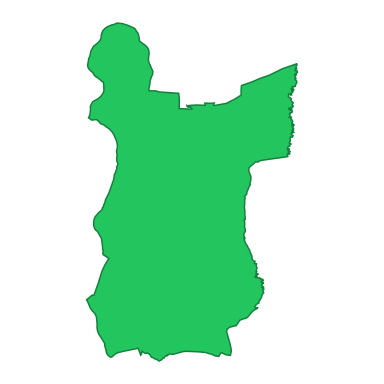 Farcas, Dolj, Romania
{"feature_id": "2599482B69484813321129", "entity_name": "Farcas", "entity_type": "district", "adm_level": 2, "iso_a3": "ROU", "parent_name": "Romania", "parent_adm1": "Dolj", "projection": "robinson", "projection_center": [23.752, 44.619], "detail": "fine", "context": "isolated", "style": "filled", "palette": "green", "viewbox_px": 384, "rotation_deg": 0, "n_neighbors": 0, "source": "geoboundaries", "source_scale": "gbopen_adm2", "svg_char_len": 5948}
<svg xmlns="http://www.w3.org/2000/svg" viewBox="0 0 384 384"><path d="M173.2,354.3L183.2,351.6L186.0,351.3L198.0,351.8L205.9,352.5L209.1,353.7L211.8,354.1L212.5,354.7L215.6,356.0L218.8,356.4L221.1,352.5L225.5,354.6L230.2,355.5L230.6,354.6L231.4,350.4L230.1,343.9L226.6,331.7L227.2,329.1L229.7,327.2L236.4,325.5L239.8,320.2L244.5,318.5L245.7,318.4L247.4,317.4L252.4,311.5L256.0,309.0L257.5,308.3L257.7,307.8L257.5,307.5L256.2,307.8L255.0,307.3L254.7,306.8L255.0,306.1L256.0,305.2L256.2,304.4L258.9,303.0L259.0,300.9L260.2,299.8L260.4,299.0L261.4,297.8L261.9,295.4L262.5,294.5L262.6,293.5L263.7,292.8L262.6,290.0L263.7,289.8L263.9,289.2L263.3,288.6L263.5,288.2L262.1,287.5L263.4,286.9L262.0,285.6L261.6,284.8L261.7,284.4L263.4,283.5L263.3,282.6L261.6,282.5L261.2,282.3L261.2,281.8L261.5,281.3L263.3,280.5L262.8,279.3L261.4,279.6L261.0,279.5L261.3,279.0L259.5,277.8L258.3,278.3L257.7,277.9L257.5,277.5L255.5,277.4L255.0,276.9L255.1,276.4L256.4,276.2L255.6,275.4L255.8,275.2L257.1,275.0L258.0,274.3L258.0,273.9L257.6,273.8L256.1,273.9L256.0,273.3L256.8,271.7L256.1,271.3L257.0,267.7L256.3,266.6L256.4,263.7L254.4,263.5L255.0,261.3L253.9,261.1L252.4,259.7L251.9,257.5L252.0,256.3L250.1,251.8L249.5,249.9L247.9,247.3L247.3,245.8L245.7,243.5L244.3,239.8L244.8,238.8L243.8,238.3L243.9,237.9L244.7,237.6L244.2,236.1L243.7,235.8L243.7,234.8L244.0,233.7L245.3,231.5L245.4,230.4L245.3,229.4L244.6,227.7L244.7,222.8L244.2,220.0L245.2,219.6L245.1,218.9L244.8,218.7L245.2,217.2L244.8,215.0L244.9,211.2L244.3,206.7L244.7,205.0L244.7,200.8L245.1,198.0L244.6,196.5L246.7,194.1L247.0,191.5L247.9,189.8L249.5,185.8L250.3,184.9L249.9,182.8L250.6,181.2L250.9,179.1L250.9,177.0L250.5,175.2L249.7,173.7L248.7,170.3L249.1,167.9L250.5,166.2L252.7,164.6L255.5,161.9L258.0,162.0L259.7,160.8L263.3,160.1L287.8,156.6L287.4,154.2L288.5,154.0L289.4,154.2L289.7,153.7L289.6,153.2L288.4,152.7L288.3,152.1L289.7,152.2L290.1,151.6L289.2,150.6L288.4,150.6L288.1,150.2L288.9,149.8L289.3,149.1L289.1,148.7L287.3,148.9L288.2,146.5L289.7,146.2L289.5,145.6L289.7,145.0L291.0,144.0L289.4,143.2L289.7,141.8L290.3,141.0L290.3,139.5L290.0,138.2L290.4,137.0L292.1,137.2L292.5,137.0L293.1,135.5L291.6,134.9L291.1,133.8L293.3,132.5L291.2,132.1L293.4,131.4L293.4,130.4L292.2,130.1L292.7,129.3L293.4,129.5L293.6,129.3L293.5,128.3L293.0,127.9L292.4,127.0L292.7,126.6L293.2,126.5L294.0,125.1L293.7,124.7L292.7,125.2L291.7,124.9L291.8,124.5L293.2,124.1L291.9,123.1L292.7,121.3L292.1,120.2L291.3,120.0L291.5,119.1L290.7,118.4L291.2,117.8L291.3,117.1L289.2,117.2L289.7,116.5L289.8,115.6L290.1,115.2L289.5,113.8L289.6,113.3L289.9,113.0L290.4,113.2L290.7,112.8L292.0,112.5L292.2,110.5L291.8,110.0L291.1,110.4L289.8,109.9L288.7,109.1L288.6,108.6L289.4,108.0L289.6,108.9L290.3,108.3L290.5,109.0L291.5,108.7L291.3,107.8L292.3,107.6L292.1,107.1L292.8,106.8L293.3,106.1L292.5,105.6L292.5,104.8L292.1,104.2L293.1,103.1L293.2,102.7L291.0,100.7L290.8,100.0L291.3,99.0L290.0,97.4L288.8,97.4L288.5,97.1L288.3,96.5L288.7,95.4L288.5,94.5L288.9,93.9L289.8,93.6L290.2,93.7L290.2,94.4L290.6,95.0L291.6,94.9L291.1,93.7L292.5,92.5L291.9,91.4L291.9,90.9L292.2,90.7L292.9,91.4L293.1,90.5L293.9,89.8L293.5,89.4L291.6,89.9L291.2,88.7L292.3,88.8L292.9,88.5L293.0,88.0L292.3,87.1L292.3,86.7L293.0,87.0L293.6,86.6L295.3,86.4L295.7,84.5L296.7,82.8L296.8,81.2L295.2,79.7L295.2,79.3L295.9,78.7L295.0,77.9L295.6,77.2L295.0,76.6L295.0,75.9L294.5,75.1L294.7,74.9L296.0,75.2L296.1,74.8L295.4,73.8L296.4,73.7L296.6,73.0L297.5,72.2L296.9,70.7L295.7,71.0L295.3,70.7L296.1,70.2L295.3,69.0L296.7,68.6L296.0,67.4L296.2,66.8L295.9,66.1L296.9,65.4L297.0,64.6L296.7,63.8L282.3,68.8L269.5,75.1L259.9,78.5L252.2,81.8L241.5,85.5L241.1,89.6L241.1,95.1L235.1,98.9L226.3,103.4L214.4,105.5L213.5,105.1L214.2,103.0L211.4,103.3L204.8,103.1L205.2,104.3L205.2,105.3L196.8,105.0L191.3,105.3L188.5,105.6L188.4,106.4L188.2,106.5L187.6,106.4L187.0,105.7L187.0,106.3L188.2,107.3L189.9,107.0L190.8,107.4L191.7,108.2L191.9,109.2L179.2,108.6L179.3,98.8L178.7,93.3L158.6,91.9L156.9,91.1L155.5,90.9L149.1,90.8L148.9,88.5L149.9,84.0L150.1,81.1L151.5,76.6L152.5,74.8L152.9,71.4L149.5,63.8L148.7,61.7L148.4,59.2L149.1,53.3L148.8,50.4L147.7,47.9L145.5,45.5L139.5,41.1L139.3,38.5L138.3,34.0L137.5,32.5L136.1,30.9L135.6,29.5L134.3,28.2L128.1,25.4L122.7,23.7L117.1,23.0L113.3,24.7L112.0,24.8L107.5,26.7L105.5,28.0L103.0,30.5L102.0,32.7L101.3,35.1L101.0,38.4L99.7,40.8L98.1,42.6L93.7,46.2L91.2,50.4L90.6,52.2L89.9,56.0L88.5,59.1L88.5,60.3L87.7,64.5L87.8,66.7L88.8,68.9L90.9,71.1L92.7,72.4L94.1,75.0L95.7,76.6L98.0,78.0L102.1,81.5L103.1,81.8L103.7,84.0L103.9,89.5L103.8,91.1L103.2,92.8L101.5,95.5L99.6,97.5L97.4,99.1L93.3,101.3L92.1,102.6L90.3,106.5L90.5,109.5L90.1,113.1L89.7,115.4L88.5,117.8L91.7,120.1L96.1,119.6L96.8,119.8L99.0,121.7L100.4,123.6L104.2,125.1L106.1,126.8L109.5,129.0L112.2,132.1L113.9,134.7L116.7,141.5L117.4,145.2L117.3,147.8L116.5,150.9L117.1,155.4L116.7,157.8L116.9,161.2L117.9,164.0L117.4,165.6L116.6,166.9L116.9,169.0L116.1,170.3L115.7,171.2L115.7,172.1L114.4,174.5L113.7,179.4L109.0,192.7L105.5,199.8L104.8,202.7L103.9,204.5L103.2,207.0L102.5,207.7L102.2,209.2L100.6,211.1L99.2,212.1L95.1,216.8L94.2,219.0L93.6,221.7L93.7,225.7L94.5,228.3L95.5,230.0L96.7,230.7L98.0,232.3L101.5,238.6L102.6,247.2L102.6,249.8L103.3,250.5L102.8,253.5L103.0,254.2L103.2,254.7L108.9,258.4L104.7,265.3L101.9,271.4L98.2,283.4L93.9,295.3L92.3,295.0L86.5,299.9L87.7,301.8L90.2,307.9L91.9,310.5L94.5,313.1L96.0,315.8L96.4,317.0L97.1,323.6L97.0,327.5L97.5,330.8L98.6,333.8L104.1,342.4L104.6,343.6L104.9,346.3L105.9,349.6L106.4,352.4L107.4,354.6L109.6,356.7L110.9,357.2L112.0,356.9L115.0,354.2L117.7,352.7L123.9,351.2L138.1,348.3L140.7,355.1L141.6,353.9L141.9,351.3L145.2,353.3L146.1,353.4L147.5,352.9L150.0,354.8L150.7,356.2L151.5,357.1L153.4,357.9L154.3,358.7L157.5,359.6L158.0,360.5L159.3,361.0L161.4,359.9L163.2,358.0L163.9,358.1L164.2,357.3L166.4,355.5L166.7,355.3L166.7,355.9L167.0,355.9L169.4,353.9L173.2,354.3Z" fill="#22c55e" stroke="#15803d" stroke-width="1.5"/></svg>